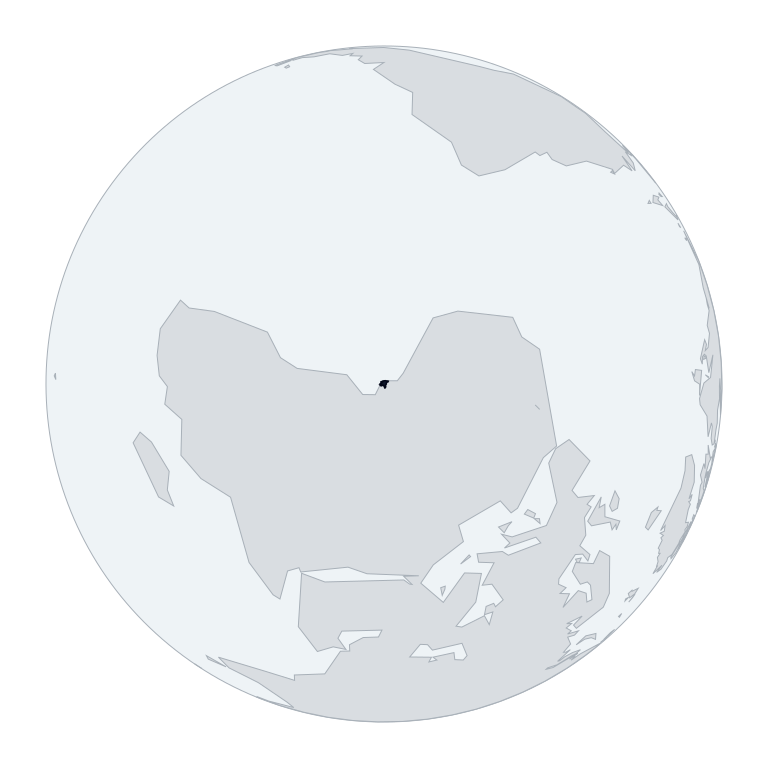 Bayelsa on an orthographic globe, rotated 128°
{"feature_id": "NGA-2845", "entity_name": "Bayelsa", "entity_type": "State", "adm_level": 1, "iso_a3": "NGA", "parent_name": "Nigeria", "parent_adm1": "", "projection": "orthographic", "projection_center": [6.155, 4.833], "detail": "fine", "context": "on_globe", "style": "filled", "palette": "ink", "viewbox_px": 768, "rotation_deg": 128, "n_neighbors": 0, "source": "natural_earth", "source_scale": "10m", "svg_char_len": 9835}
<svg xmlns="http://www.w3.org/2000/svg" viewBox="0 0 768 768"><g transform="rotate(128 384 384)"><circle cx="384" cy="384" r="338" fill="#eef3f6" stroke="#a8b0b8"/><path d="M258.5,70.3L265.3,67.7L271.7,65.3L277.7,63.3L279.9,62.6L270.5,65.9L268.1,66.7L266.5,67.4L260.9,69.5L264.9,68.2L253.3,72.9L267.8,67.5L261.2,70.8L252.7,74.3L249.6,74.7L227.0,84.7L258.5,70.3ZM201.2,99.8L191.0,108.1L182.0,114.6L172.8,122.8L179.4,118.2L189.1,110.5L199.2,105.1L209.7,97.3L215.4,94.4L227.8,87.1L230.0,87.8L225.5,92.7L215.3,99.2L213.1,102.0L226.1,96.1L210.4,109.7L205.7,122.1L201.2,126.4L186.3,132.5L177.8,130.7L158.5,142.8L175.1,135.0L163.5,147.3L163.3,149.9L166.4,149.8L172.4,145.4L169.3,150.2L151.7,158.6L154.2,154.3L159.8,151.4L155.7,151.1L143.7,158.7L138.8,165.4L126.0,173.0L122.3,178.2L117.5,183.5L124.2,174.3L111.8,191.5L96.0,209.4L78.8,242.2L91.2,216.0L92.8,212.5L107.1,190.4L123.0,169.4L140.4,149.8L159.4,131.6L179.7,114.9L201.2,99.8ZM58.4,293.5L58.0,295.5L52.4,319.2L50.4,332.2L51.7,329.9L52.4,336.9L56.4,323.6L61.3,317.3L57.8,336.8L63.3,319.7L64.1,329.9L76.1,331.9L74.2,336.1L83.7,361.7L99.9,374.6L103.6,389.7L101.1,398.3L108.0,401.8L108.1,407.7L140.7,420.6L161.6,437.3L163.8,457.8L151.9,479.7L154.4,527.8L136.6,540.9L141.0,559.9L142.6,586.0L130.7,582.0L143.3,596.5L144.3,603.9L139.1,603.2L146.2,612.8L142.7,612.1L150.7,619.1L157.2,630.1L169.3,640.6L177.1,649.3L185.3,655.3L183.8,654.7L185.4,656.4L189.6,659.6L179.7,653.0L163.2,639.6L156.6,633.3L154.4,631.6L139.1,615.0L141.2,618.0L119.0,591.4L105.4,569.7L75.0,504.2L69.0,490.3L60.1,472.9L48.4,421.3L47.3,401.6L46.6,391.7L49.2,364.7L51.3,338.1L51.1,333.8L49.2,343.1L50.6,328.8L58.4,293.5ZM73.7,253.3L71.5,271.7L68.0,272.5L69.5,269.7L71.1,262.4L72.3,255.3L70.5,257.9L73.7,253.3ZM83.5,236.0L83.4,234.4L84.1,234.6L83.5,236.0ZM225.7,87.5L226.7,87.3L223.9,88.7L225.7,87.5ZM230.2,84.7L226.2,86.4L227.7,85.4L230.1,84.3L230.2,84.7ZM234.7,82.9L230.9,83.5L233.7,81.8L245.2,76.6L234.7,82.9ZM269.8,66.0L266.0,67.3L267.0,67.0L269.8,66.0ZM290.7,59.2L292.1,58.9L288.2,60.0L280.3,62.4L280.0,62.5L290.7,59.2ZM287.1,60.3L293.2,58.7L290.7,59.6L281.4,62.1L287.1,60.3ZM285.1,63.4L284.3,62.9L289.2,61.2L285.1,63.4ZM295.7,58.0L296.5,57.7L298.4,57.2L301.8,56.4L295.7,58.0ZM310.8,54.3L300.4,57.2L300.7,58.0L296.3,59.4L296.6,57.9L310.8,54.3ZM308.4,54.7L308.9,54.6L303.2,56.0L299.4,56.9L308.4,54.7ZM312.0,54.2L314.5,53.5L312.7,54.0L312.0,54.2ZM320.9,52.2L317.6,53.0L314.8,53.4L320.9,52.2ZM321.8,51.9L325.7,51.2L315.9,53.1L320.6,52.1L321.8,51.9ZM333.2,50.5L321.5,52.9L315.5,53.7L327.7,51.2L333.2,50.5ZM200.3,666.2L182.5,655.1L190.6,660.4L186.1,656.2L199.1,664.1L200.3,666.2ZM191.4,655.6L192.1,653.7L195.3,655.5L195.5,657.3L191.4,655.6ZM709.2,292.0L707.2,285.5L708.6,291.9L704.8,279.6L694.5,255.9L694.4,264.8L696.7,299.2L703.1,331.3L701.2,346.3L683.9,301.8L672.6,272.0L668.5,275.5L648.9,252.2L621.4,253.8L615.5,246.6L610.7,250.7L596.6,244.3L586.8,232.6L579.2,234.1L604.7,265.1L612.7,263.8L616.6,250.6L622.4,262.2L635.8,271.8L628.0,302.1L583.9,332.4L576.4,308.7L526.2,247.7L525.9,240.7L525.5,239.9L524.7,238.5L523.4,250.1L513.7,238.5L544.0,280.6L550.5,299.6L583.4,333.9L581.1,337.9L590.7,344.9L617.5,333.6L618.4,341.6L607.7,380.5L567.7,435.2L571.2,470.0L565.2,500.1L536.4,521.5L534.9,544.3L519.4,553.1L515.9,566.1L501.2,580.4L478.2,594.3L443.2,596.0L444.1,584.4L431.3,562.4L414.9,507.8L427.0,481.8L425.2,462.1L399.6,419.0L405.4,394.3L397.8,384.3L382.5,387.4L373.3,375.5L363.7,375.5L301.7,386.0L281.1,370.7L252.2,323.6L262.1,304.4L260.8,282.8L326.6,209.8L344.0,213.1L399.7,202.3L407.3,204.5L404.5,220.4L449.3,238.3L459.3,224.4L496.2,233.8L518.3,232.4L519.6,202.8L483.3,204.2L473.3,190.6L499.4,177.4L530.5,178.1L527.6,173.0L504.8,162.2L508.8,152.9L496.6,157.9L503.9,162.8L496.4,166.6L489.3,162.5L490.9,159.0L480.7,157.2L475.3,175.7L482.1,182.7L457.1,187.2L466.2,199.7L460.5,206.1L443.1,187.6L442.4,180.6L412.7,162.6L411.2,170.0L439.1,188.1L431.8,186.9L430.0,198.9L425.6,188.9L395.5,168.9L370.8,174.8L344.9,205.5L329.3,208.9L313.8,204.0L317.8,174.3L352.1,170.3L354.0,161.3L342.4,149.6L353.8,149.9L353.3,145.1L365.8,143.8L378.9,131.9L390.9,130.1L391.6,116.7L397.9,114.4L395.7,122.7L400.6,128.2L429.9,126.2L434.3,123.2L432.4,115.1L440.7,116.3L435.1,108.7L449.9,105.4L427.2,103.7L424.4,95.9L430.9,89.9L425.9,87.4L415.4,97.4L414.8,101.9L420.9,106.0L415.8,120.2L406.7,123.0L396.6,108.4L382.5,111.5L380.8,100.1L410.3,77.5L424.8,73.8L458.1,82.0L457.3,86.2L444.9,85.0L460.4,92.5L457.2,88.7L464.1,90.2L463.2,84.5L468.0,85.4L458.8,78.8L464.6,79.3L470.4,83.4L474.0,76.9L484.9,77.4L483.4,75.6L478.6,73.6L495.7,76.5L493.8,75.2L487.5,73.6L479.6,70.1L472.4,65.6L478.7,66.8L482.2,68.6L498.9,74.9L507.1,80.4L509.0,80.6L503.3,76.2L482.9,68.3L476.8,65.4L486.7,68.4L482.6,67.1L481.6,66.0L486.4,66.5L475.6,63.1L455.3,54.1L462.6,55.4L473.7,58.3L472.0,57.7L495.8,65.1L519.0,74.2L541.4,85.0L563.0,97.4L583.6,111.3L603.1,126.8L621.5,143.6L638.5,161.7L654.2,181.1L668.4,201.5L681.1,223.0L692.1,245.3L701.5,268.3L709.2,292.0ZM308.2,245.7L307.4,252.0L308.2,245.7ZM566.8,195.1L583.3,195.7L570.1,178.4L575.4,177.5L569.0,172.4L569.1,177.2L552.6,163.5L557.6,158.5L552.7,151.6L546.9,151.3L540.3,162.9L563.9,182.0L562.6,189.2L566.8,195.1ZM76.6,331.7L77.6,335.8L75.3,335.5L76.6,331.7ZM65.0,280.1L65.7,281.0L65.3,284.2L64.2,284.8L65.0,280.1ZM77.2,284.8L79.2,287.1L76.0,288.0L77.2,284.8ZM71.8,274.2L75.4,283.8L69.5,288.0L67.5,282.4L70.3,281.6L71.8,274.2ZM78.1,246.4L78.0,248.1L76.3,251.4L78.1,246.4ZM84.0,236.3L83.6,236.5L84.7,233.6L84.0,236.3ZM164.6,146.8L165.9,146.3L167.8,147.3L164.7,149.0L164.6,146.8ZM190.3,141.2L184.7,149.1L186.5,144.2L180.9,147.5L177.7,142.1L198.8,128.3L189.8,135.1L190.3,141.2ZM179.3,132.4L178.9,136.5L178.5,132.6L179.3,132.4ZM338.2,123.5L343.9,125.8L341.2,131.2L326.0,136.2L329.6,128.1L338.2,123.5ZM352.6,128.2L346.8,113.8L356.0,111.1L351.8,114.9L358.5,114.5L353.5,120.7L368.0,133.2L366.7,139.0L339.2,143.3L349.0,138.3L342.8,135.9L352.6,128.2ZM315.6,91.2L313.2,87.5L336.4,86.0L335.9,89.8L320.7,94.2L312.3,92.4L315.6,91.2ZM255.8,74.7L253.4,75.1L256.0,74.0L260.2,72.6L255.8,74.7ZM284.3,63.3L269.1,72.2L265.6,72.9L260.9,78.6L249.7,82.9L253.1,78.9L241.1,87.1L239.7,85.3L232.5,91.0L241.3,81.5L239.5,81.0L245.7,79.7L256.0,75.5L259.9,73.6L269.8,68.1L271.1,66.0L281.5,62.4L288.5,60.4L289.8,60.4L282.6,62.5L289.5,60.9L280.1,64.1L284.3,63.3ZM364.6,53.2L355.7,53.4L367.9,55.3L358.5,56.6L360.5,56.7L355.2,58.7L352.3,61.8L347.5,62.2L348.4,63.3L344.9,65.0L344.6,66.8L335.9,68.6L334.7,71.1L331.3,70.6L331.6,74.6L327.5,72.5L322.5,75.3L329.2,75.8L283.1,85.9L267.0,93.4L255.8,101.3L250.2,98.0L257.0,89.1L270.4,79.1L286.7,73.0L281.2,73.2L287.4,70.6L289.1,71.5L290.1,68.6L295.7,66.9L307.6,61.0L305.5,59.0L309.8,57.3L313.4,57.2L315.2,55.7L324.9,54.7L328.2,53.6L341.1,52.1L346.1,53.5L349.4,52.3L359.3,51.7L364.6,53.2ZM336.8,50.1L344.9,50.3L343.8,51.4L321.9,53.7L317.5,54.8L303.4,57.4L305.3,56.0L309.2,55.2L313.4,54.3L311.1,55.1L316.1,53.8L321.5,53.0L326.9,51.9L328.1,52.1L336.8,50.1ZM413.7,198.4L419.1,198.8L427.2,197.7L426.2,205.7L413.7,198.4ZM392.9,184.8L397.5,183.5L400.1,193.3L394.4,193.4L392.9,184.8ZM397.9,175.1L397.6,182.7L394.4,178.6L397.9,175.1ZM399.7,121.5L404.4,120.3L405.7,122.1L404.1,125.2L399.7,121.5ZM398.7,62.5L393.8,61.6L394.6,60.9L388.5,57.9L395.0,57.2L401.2,58.8L398.7,62.5ZM514.7,208.0L509.6,213.9L505.6,211.3L508.2,209.7L514.7,208.0ZM466.7,209.5L478.7,212.8L466.3,211.7L466.7,209.5ZM404.7,61.3L401.4,59.9L406.6,60.5L404.7,61.3ZM399.4,56.6L405.2,56.9L395.0,56.8L399.4,56.6ZM582.6,645.3L580.6,648.9L577.7,649.6L582.6,645.3ZM611.8,492.1L584.8,545.5L572.1,546.6L572.9,531.5L585.1,499.5L600.9,489.5L609.6,474.6L611.8,492.1ZM721.1,361.1L720.3,352.3L721.1,361.1ZM704.1,334.3L709.0,353.1L707.4,356.7L704.1,334.3ZM455.0,60.1L456.3,64.5L461.5,68.7L471.2,72.0L458.2,69.9L450.1,63.4L455.0,60.1ZM454.6,54.4L446.1,52.5L449.3,52.9L451.7,53.4L454.6,54.4ZM449.9,53.6L440.5,52.5L435.4,51.2L443.8,52.3L449.9,53.6ZM422.9,54.9L422.8,56.1L418.5,55.4L422.9,54.9Z" fill="#d9dde1" stroke="#a8b0b8" stroke-width="1"/><path d="M387.3,385.4L387.3,385.5L387.2,385.7L387.2,386.0L387.2,386.3L387.1,386.2L387.1,385.8L386.9,385.9L387.0,386.0L387.0,386.3L387.1,386.5L387.2,386.8L386.9,386.9L386.7,387.0L386.7,386.9L386.6,386.7L386.6,386.3L386.6,386.1L386.5,385.9L386.3,385.9L386.5,386.1L386.5,386.3L386.5,386.5L386.4,386.7L386.4,386.9L386.1,387.0L385.8,387.0L385.6,386.9L385.5,387.0L385.4,387.0L385.2,387.1L384.8,387.1L384.7,387.2L384.7,386.8L385.0,386.3L384.9,386.3L384.6,386.6L384.6,386.3L384.5,386.0L384.5,386.4L384.6,386.5L384.5,386.4L384.4,386.4L384.4,386.5L384.4,386.8L384.4,387.0L384.2,387.1L384.3,387.1L384.2,387.3L383.8,387.2L383.8,387.3L383.7,387.3L383.6,387.2L383.6,386.9L383.7,386.7L383.4,386.4L383.3,386.5L383.4,386.8L383.5,387.0L383.4,387.2L383.2,387.1L383.1,386.8L383.0,386.7L382.9,386.7L382.9,386.8L382.7,386.9L382.4,386.7L382.2,386.5L382.3,386.3L382.2,386.3L382.2,386.5L382.0,386.4L381.8,386.2L381.7,386.1L381.8,386.2L381.7,386.1L381.5,385.9L381.4,385.9L381.3,385.7L380.7,385.2L380.5,384.9L380.5,384.7L380.3,384.4L380.2,384.3L380.2,384.2L380.0,383.9L380.2,384.0L380.2,383.9L380.0,383.7L379.8,383.2L379.8,382.9L379.7,382.9L379.6,382.7L379.5,382.4L379.5,382.2L379.8,382.2L379.8,382.3L380.0,382.5L379.9,382.2L380.1,382.4L380.3,382.5L380.6,382.6L380.9,382.8L381.0,382.8L381.3,382.9L381.5,382.7L381.8,382.6L382.1,382.5L382.3,382.5L382.5,382.4L382.7,382.1L382.8,382.1L383.0,382.3L383.4,382.4L383.5,382.3L383.6,382.1L383.8,382.1L384.0,382.1L384.3,382.0L384.3,381.9L384.3,381.7L384.7,381.5L384.8,381.5L384.8,381.4L384.8,381.2L385.0,381.0L385.9,380.9L386.0,380.8L386.0,380.7L386.5,380.7L386.7,380.9L386.7,381.0L386.5,381.3L386.4,381.3L386.2,381.6L386.0,381.8L385.9,382.0L385.9,382.3L385.7,382.5L385.6,382.8L385.6,383.0L385.6,383.3L385.5,383.5L385.4,383.6L385.4,383.8L385.4,384.1L385.5,384.3L385.7,384.5L385.9,384.7L386.4,384.5L386.8,384.7L386.8,384.9L386.9,385.1L387.1,385.2L387.3,385.3L387.3,385.4Z" fill="#0f172a" stroke="#020617" stroke-width="1.5"/></g></svg>